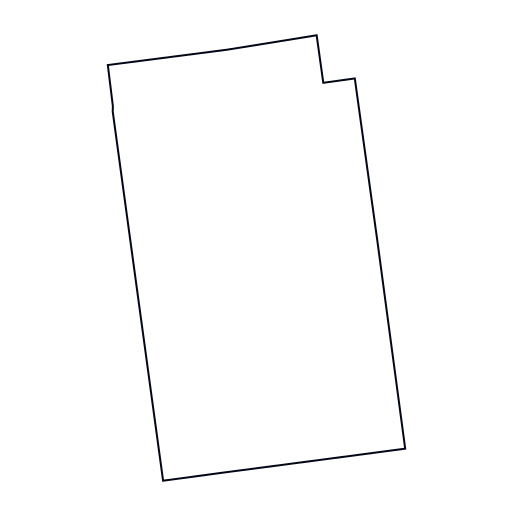 Wabash, Indiana, United States of America, rotated 353°
{"feature_id": "52423323B5962207339550", "entity_name": "Wabash", "entity_type": "district", "adm_level": 2, "iso_a3": "USA", "parent_name": "United States of America", "parent_adm1": "Indiana", "projection": "orthographic", "projection_center": [-85.796, 40.849], "detail": "fine", "context": "isolated", "style": "outline", "palette": "ink", "viewbox_px": 512, "rotation_deg": 353, "n_neighbors": 0, "source": "geoboundaries", "source_scale": "gbopen_adm2", "svg_char_len": 314}
<svg xmlns="http://www.w3.org/2000/svg" viewBox="0 0 512 512"><g transform="rotate(353 256 256)"><path d="M132.2,48.4L132.2,89.9L131.4,95.1L136.4,467.7L197.0,467.0L350.6,465.7L380.6,465.4L378.3,256.2L375.7,91.8L343.9,92.3L343.1,44.3L253.0,47.7L132.2,48.4Z" fill="none" stroke="#020617" stroke-width="2"/></g></svg>